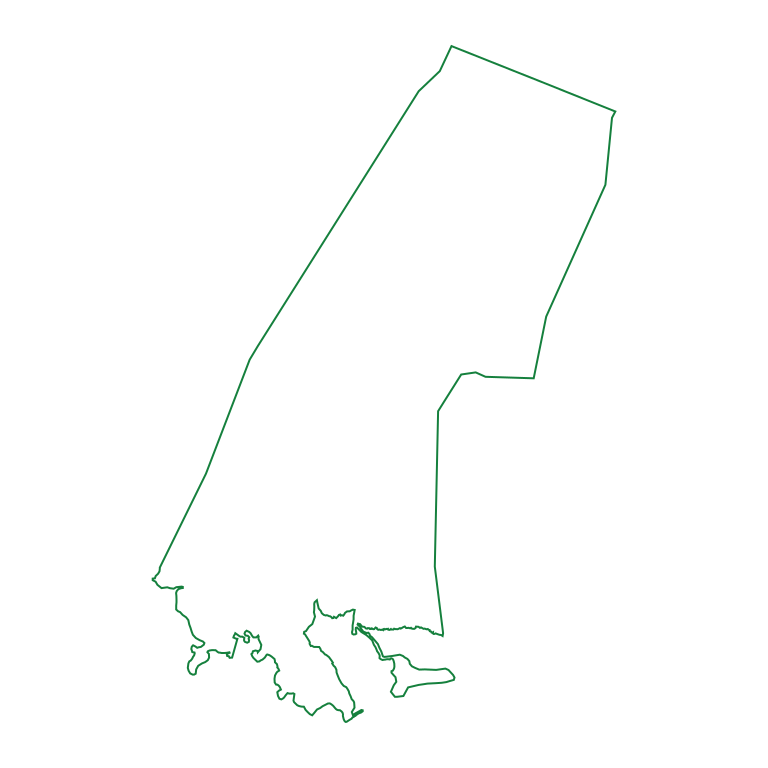 outline of Ngerusar, Airai, Palau
{"feature_id": "81905179B80003657919374", "entity_name": "Ngerusar", "entity_type": "district", "adm_level": 2, "iso_a3": "PLW", "parent_name": "Palau", "parent_adm1": "Airai", "projection": "mercator", "projection_center": [134.532, 7.368], "detail": "fine", "context": "isolated", "style": "outline", "palette": "green", "viewbox_px": 768, "rotation_deg": 0, "n_neighbors": 0, "source": "geoboundaries", "source_scale": "gbopen_adm2", "svg_char_len": 6123}
<svg xmlns="http://www.w3.org/2000/svg" viewBox="0 0 768 768"><path d="M615.3,111.5L542.0,82.1L451.5,46.1L439.8,71.1L418.7,91.2L257.8,346.1L249.7,359.6L206.0,473.6L159.8,567.6L159.8,568.8L159.5,571.3L158.1,573.7L155.7,576.0L154.9,578.3L152.7,578.6L152.7,580.2L155.6,581.7L157.4,584.8L161.5,588.1L167.3,587.3L170.0,588.2L173.7,588.7L176.3,587.2L181.6,586.6L182.8,586.9L182.8,588.0L181.2,588.2L178.4,589.1L176.7,591.1L176.1,593.0L176.4,596.0L176.5,599.5L176.5,602.3L176.2,605.5L176.2,609.5L178.1,611.3L180.1,612.1L182.6,614.9L186.1,617.3L188.3,620.1L189.3,624.6L190.5,627.8L191.7,631.7L192.9,634.8L195.8,638.0L199.7,640.2L202.9,641.5L204.4,643.0L203.8,644.7L200.9,646.9L198.6,647.3L197.2,647.8L195.6,646.6L193.1,645.3L191.8,646.7L191.3,649.0L191.9,650.6L192.3,652.1L194.5,652.5L194.7,653.4L194.1,655.4L193.3,656.5L193.0,656.9L192.2,658.7L190.8,660.5L189.3,661.4L188.4,663.4L187.8,667.9L188.6,670.7L190.2,673.4L192.6,674.6L194.1,674.6L195.7,673.7L196.2,669.4L198.2,665.8L202.0,663.4L205.2,662.1L207.8,660.2L209.1,657.6L208.9,653.9L207.4,652.2L207.8,651.3L209.5,650.5L212.1,650.1L214.6,650.2L215.6,650.2L217.7,652.0L218.8,652.6L219.7,652.6L221.7,653.0L224.2,653.0L226.7,652.8L229.4,652.3L229.6,652.8L226.8,654.1L227.2,656.0L228.8,656.2L229.6,657.8L232.1,657.6L237.4,638.8L236.1,638.7L233.4,637.5L233.9,635.9L235.0,634.0L235.3,633.2L239.5,636.2L240.5,636.7L242.4,636.7L244.3,637.8L244.2,639.1L244.0,640.0L244.3,641.0L245.0,641.9L247.2,642.7L248.8,641.9L249.1,640.2L248.6,638.7L249.3,637.3L247.8,635.8L245.5,635.5L244.5,633.7L245.1,632.0L246.6,630.7L249.3,632.0L250.6,633.2L252.0,635.7L253.4,637.4L256.3,637.4L258.2,635.6L258.7,636.7L258.4,637.6L258.6,639.3L259.7,641.5L261.3,644.9L260.5,649.2L259.2,650.6L257.8,652.3L257.6,651.0L255.4,650.5L252.9,651.3L252.4,653.2L251.4,654.1L252.3,656.3L253.4,657.9L257.3,661.7L259.4,661.4L260.7,660.4L262.5,659.6L264.8,657.6L266.7,654.7L267.4,654.5L269.5,655.2L271.5,656.5L274.5,659.0L274.9,660.7L275.0,662.3L276.9,664.1L277.5,666.4L277.3,667.5L278.3,668.5L279.2,670.6L277.4,671.7L276.4,672.9L275.0,675.5L274.5,678.8L274.7,682.5L276.1,684.6L277.5,684.7L278.8,685.7L279.9,687.2L280.9,689.6L279.0,690.6L277.3,692.2L278.0,695.9L279.4,698.7L281.3,699.4L282.8,698.6L284.0,697.6L285.8,695.1L287.5,693.1L289.2,693.6L291.5,693.6L293.2,693.3L294.4,694.0L293.7,699.1L293.5,700.7L294.1,702.2L297.2,705.2L298.9,706.0L301.4,706.6L303.9,706.7L305.6,709.9L307.5,711.9L309.8,714.1L312.2,715.3L314.5,712.6L317.0,709.5L320.2,708.0L322.6,706.2L325.0,705.0L327.9,703.5L329.8,703.4L331.5,704.4L333.2,705.8L335.0,708.0L335.9,709.0L337.2,709.9L338.7,710.2L339.9,710.2L341.5,711.4L342.5,712.6L343.0,714.3L342.9,715.9L343.7,719.2L344.5,720.9L345.5,721.9L346.6,721.8L349.8,719.7L351.6,718.7L352.4,717.5L353.8,716.9L354.4,715.8L355.4,715.9L356.1,715.1L358.6,713.4L360.9,712.6L362.7,711.3L362.7,710.3L361.4,710.0L359.7,711.0L355.5,713.3L354.1,714.2L354.0,715.2L353.0,715.4L352.2,713.1L351.8,712.0L354.5,707.7L354.3,704.5L354.1,702.3L353.3,700.8L351.7,699.2L350.6,696.2L349.3,693.5L348.8,691.3L347.5,689.0L346.3,687.2L343.7,685.9L341.5,683.3L339.2,679.2L337.7,675.5L336.6,672.6L336.4,669.8L335.2,667.2L333.6,665.7L332.2,663.5L332.9,662.7L331.7,660.8L329.0,657.1L326.2,654.9L325.1,654.5L322.8,652.0L321.1,650.9L320.3,648.6L319.2,647.0L313.9,646.9L311.9,645.8L310.8,646.0L309.6,643.8L309.8,642.5L309.3,641.2L307.0,637.5L305.9,635.8L305.1,634.4L303.9,633.7L304.2,631.8L306.0,631.1L308.9,626.8L312.3,624.1L315.0,616.6L313.9,612.2L314.2,610.3L314.3,606.4L314.2,604.0L314.6,602.3L316.9,600.2L317.5,603.3L318.7,608.5L320.8,610.9L321.8,613.2L323.8,614.9L325.8,615.5L326.6,615.2L327.5,615.4L329.2,616.2L330.2,616.3L331.5,617.2L332.2,618.2L333.4,618.0L334.0,616.8L336.2,618.1L337.9,616.4L339.0,614.9L340.2,614.5L340.7,615.6L341.9,615.2L343.2,615.7L344.1,614.6L345.1,612.8L346.1,612.1L347.0,611.4L349.7,611.3L351.2,610.4L352.9,609.6L354.7,610.0L354.5,610.8L354.2,612.6L353.6,615.7L353.6,619.3L353.0,623.1L352.6,625.4L352.6,629.7L352.0,632.1L352.3,633.8L353.5,634.5L355.3,634.3L356.3,633.7L356.2,632.2L355.7,629.5L355.9,627.8L357.0,627.5L360.8,631.4L361.4,632.0L366.3,635.0L369.2,637.5L372.2,640.4L373.9,644.8L375.5,647.2L376.7,650.0L377.1,651.2L378.4,652.9L379.5,654.9L379.7,656.0L379.5,658.1L380.1,658.7L381.2,659.4L382.5,660.0L384.1,659.7L384.9,659.7L386.4,659.3L387.7,659.2L388.9,659.3L389.8,659.5L390.5,658.6L391.7,658.4L393.0,659.3L393.7,661.1L394.3,663.7L394.4,666.8L394.0,668.6L392.9,670.6L391.5,671.2L391.5,672.7L392.7,674.1L394.2,675.8L395.5,677.2L396.3,681.8L393.8,685.2L390.9,691.8L394.9,696.8L397.1,696.8L403.4,696.0L408.1,687.4L418.8,684.9L423.7,684.2L427.4,683.6L435.3,683.2L441.6,682.8L446.3,682.1L449.9,681.0L453.8,679.9L454.5,677.5L453.1,675.0L448.5,670.0L445.4,668.6L436.2,669.9L424.8,669.4L419.2,669.6L415.1,667.9L411.9,666.3L409.8,663.8L409.3,661.1L407.4,658.9L404.8,657.5L403.0,656.0L399.8,654.7L392.1,656.0L386.5,656.7L384.3,656.9L382.9,656.3L381.3,651.5L379.4,647.8L377.9,644.1L374.7,640.3L372.0,637.2L370.1,635.8L369.4,633.9L368.3,632.7L366.7,633.0L363.3,631.6L361.3,629.0L360.4,627.9L360.5,627.3L357.6,624.6L358.0,623.6L360.2,624.2L360.6,624.9L361.2,625.4L362.0,626.6L364.4,626.9L365.9,628.4L366.8,628.6L367.3,628.6L367.8,628.1L369.7,628.3L369.8,628.9L370.5,629.0L371.6,628.9L371.9,628.4L373.2,629.2L374.2,629.1L375.6,627.5L376.8,628.0L377.1,629.0L378.2,629.8L379.1,629.5L381.0,630.0L382.2,629.6L383.1,630.1L383.4,629.2L384.1,628.9L384.8,629.5L386.3,628.9L387.0,629.1L388.0,628.8L388.3,629.7L389.7,629.9L390.9,629.0L391.3,629.5L393.5,629.5L394.1,628.7L395.4,629.1L397.7,629.2L400.0,628.1L400.7,628.6L401.7,628.1L403.3,627.1L404.8,626.5L406.1,628.0L407.3,628.0L408.4,627.8L410.2,628.3L411.0,627.8L412.0,628.7L414.1,628.9L415.5,628.1L416.0,626.6L418.5,626.8L420.0,627.9L421.0,627.4L423.5,628.8L424.7,628.6L426.5,629.3L427.8,629.0L428.4,629.7L429.7,630.1L429.8,631.2L431.2,631.6L431.5,632.5L432.2,632.8L433.0,632.3L432.9,633.4L433.8,634.0L434.5,633.9L435.6,633.4L437.7,634.2L439.5,634.8L441.1,635.0L442.6,636.0L443.1,633.2L434.8,566.6L438.1,411.2L443.6,402.4L461.2,374.5L475.7,372.4L485.5,376.8L533.7,378.3L546.2,316.6L605.4,184.8L612.0,117.8L615.3,111.5Z" fill="none" stroke="#15803d" stroke-width="2"/></svg>